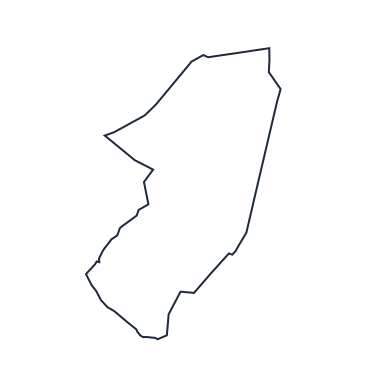 Baw, Blue Nile, Sudan, rotated 155°
{"feature_id": "16777658B5498813311295", "entity_name": "Baw", "entity_type": "district", "adm_level": 2, "iso_a3": "SDN", "parent_name": "Sudan", "parent_adm1": "Blue Nile", "projection": "mercator", "projection_center": [33.983, 11.162], "detail": "fine", "context": "isolated", "style": "outline", "palette": "slate", "viewbox_px": 384, "rotation_deg": 155, "n_neighbors": 0, "source": "geoboundaries", "source_scale": "gbopen_adm2", "svg_char_len": 915}
<svg xmlns="http://www.w3.org/2000/svg" viewBox="0 0 384 384"><g transform="rotate(155 192 192)"><path d="M322.8,162.4L322.3,149.6L320.7,143.0L320.2,132.5L317.3,123.3L312.8,116.9L305.4,100.9L300.5,91.0L300.6,88.3L299.9,85.8L299.6,84.0L297.7,81.2L294.5,79.8L287.0,75.3L285.4,73.1L275.4,72.7L272.9,77.0L264.8,91.1L244.5,106.5L232.8,99.7L208.7,110.5L184.6,120.7L182.0,118.2L177.7,119.9L173.2,123.1L159.9,132.2L121.4,181.2L76.5,238.2L70.7,244.9L68.2,247.8L71.7,268.2L66.1,278.7L61.2,289.7L92.0,298.8L113.9,305.4L120.4,307.3L123.9,311.3L129.9,310.9L137.2,310.4L188.0,286.4L202.4,281.4L237.4,279.1L247.2,280.0L230.4,245.0L217.8,228.7L231.3,221.4L236.7,199.3L247.9,198.3L252.1,194.0L270.8,190.3L272.0,190.0L273.4,189.0L275.6,186.7L278.1,184.3L285.1,183.1L293.6,178.6L294.7,178.2L296.0,177.4L298.4,175.8L304.3,171.1L305.7,167.6L307.7,169.3L310.2,167.6L322.8,162.4Z" fill="none" stroke="#1e293b" stroke-width="2"/></g></svg>